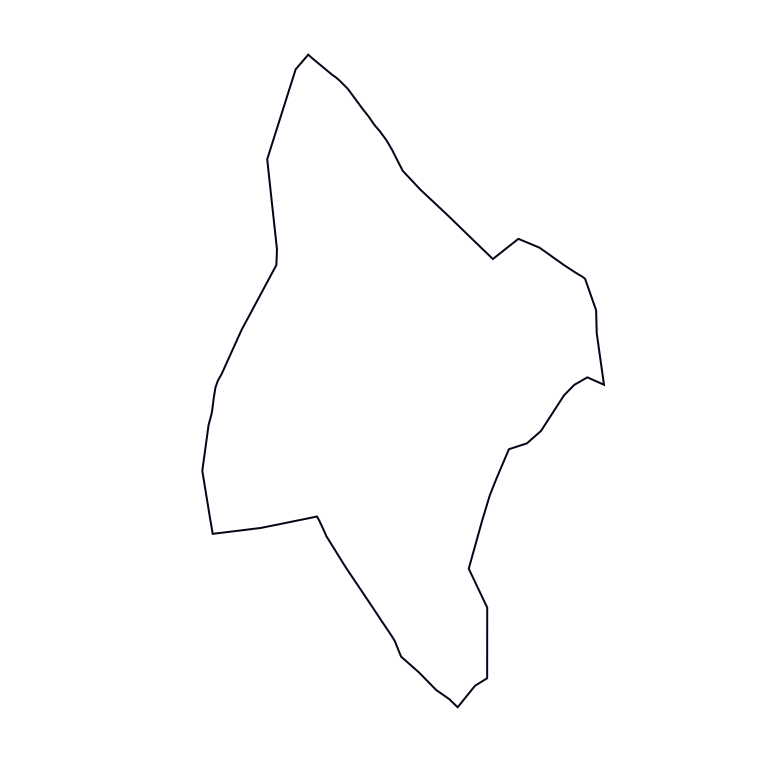 Zapotitlán Palmas, Oaxaca, Mexico, rotated 36°
{"feature_id": "50627088B57501900146660", "entity_name": "Zapotitlán Palmas", "entity_type": "district", "adm_level": 2, "iso_a3": "MEX", "parent_name": "Mexico", "parent_adm1": "Oaxaca", "projection": "mercator", "projection_center": [-97.834, 17.881], "detail": "fine", "context": "isolated", "style": "outline", "palette": "ink", "viewbox_px": 768, "rotation_deg": 36, "n_neighbors": 0, "source": "geoboundaries", "source_scale": "gbopen_adm2", "svg_char_len": 1101}
<svg xmlns="http://www.w3.org/2000/svg" viewBox="0 0 768 768"><g transform="rotate(36 384 384)"><path d="M474.0,181.3L459.8,182.0L429.7,182.3L407.4,187.6L398.6,218.9L366.7,214.4L336.0,210.0L299.2,205.4L273.8,200.5L254.7,190.8L254.0,190.3L242.8,185.4L231.5,181.8L228.3,181.1L223.8,180.0L214.2,176.6L204.9,174.0L181.3,166.5L169.5,164.6L164.1,164.2L160.1,164.3L135.1,162.7L129.1,162.1L127.6,181.4L157.4,270.8L184.0,300.2L218.3,338.0L227.0,351.0L237.0,424.1L246.8,471.5L247.6,478.9L249.7,485.9L254.6,495.6L261.2,507.6L263.5,513.2L266.1,520.1L288.0,561.0L321.5,594.2L333.5,605.9L369.0,572.8L407.7,530.6L412.2,532.7L424.6,539.6L426.6,540.9L456.3,553.0L461.4,555.0L464.0,556.0L496.8,568.0L515.2,574.8L521.0,577.0L538.0,583.2L543.8,585.6L558.0,594.5L581.9,596.8L606.1,600.9L622.4,600.6L624.6,601.0L633.6,602.2L635.0,574.6L640.4,561.4L598.9,504.2L561.1,483.6L543.7,436.8L535.1,412.1L530.6,394.6L523.4,363.3L534.5,348.0L538.6,329.6L536.3,287.1L538.5,272.7L544.6,259.1L562.4,255.3L526.2,217.8L512.3,199.7L485.0,180.8L483.3,180.6L481.4,180.6L474.0,181.3Z" fill="none" stroke="#020617" stroke-width="2"/></g></svg>